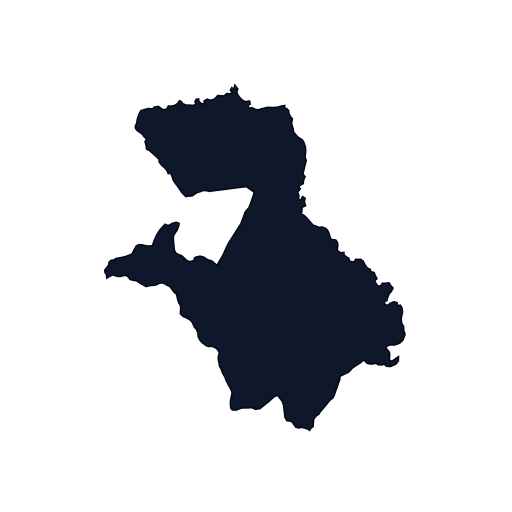 outline of Mogi Guaçu, São Paulo, Brazil, rotated 214°
{"feature_id": "56859067B6849718148142", "entity_name": "Mogi Guaçu", "entity_type": "district", "adm_level": 2, "iso_a3": "BRA", "parent_name": "Brazil", "parent_adm1": "São Paulo", "projection": "mercator", "projection_center": [-47.009, -22.234], "detail": "fine", "context": "isolated", "style": "filled", "palette": "ink", "viewbox_px": 512, "rotation_deg": 214, "n_neighbors": 0, "source": "geoboundaries", "source_scale": "gbopen_adm2", "svg_char_len": 5243}
<svg xmlns="http://www.w3.org/2000/svg" viewBox="0 0 512 512"><g transform="rotate(214 256 256)"><path d="M114.0,141.4L114.1,144.1L113.2,146.7L115.2,149.8L117.0,153.3L116.6,157.1L115.5,159.9L115.6,162.7L115.2,166.0L114.9,168.6L114.5,172.4L114.3,175.9L113.7,178.9L112.8,181.4L113.2,184.2L114.6,189.1L115.5,193.1L116.5,196.6L117.5,200.5L119.1,203.1L116.9,207.0L114.6,210.7L113.8,213.5L113.5,216.6L112.5,219.4L109.5,226.3L108.8,230.0L106.3,229.6L103.8,229.2L101.3,230.1L98.6,231.9L96.5,234.2L94.0,234.1L90.7,236.0L89.2,238.0L86.3,237.5L82.7,239.5L80.9,242.4L79.6,244.3L79.3,248.6L81.6,252.3L84.5,244.8L87.2,244.3L89.7,248.6L91.4,250.7L95.4,252.0L97.6,252.8L96.1,256.1L94.3,257.8L91.4,259.7L89.1,262.6L87.8,264.9L87.2,268.6L87.9,271.8L88.7,274.6L92.0,277.0L94.0,280.0L97.8,281.9L100.6,285.3L103.4,292.0L106.1,294.8L108.8,296.0L111.6,293.7L112.7,296.2L116.0,295.3L118.4,291.7L119.2,288.8L121.9,287.9L124.4,290.5L122.5,292.0L123.5,294.8L124.4,298.8L124.0,302.4L124.4,306.1L127.6,306.8L130.7,308.2L133.9,305.5L136.1,304.0L135.9,301.2L138.1,299.2L141.3,300.4L143.8,301.8L143.0,304.9L146.2,306.5L148.8,308.4L152.1,307.2L153.8,308.9L156.9,308.3L161.1,309.9L164.5,311.8L167.4,311.8L169.5,310.3L171.5,309.1L171.5,305.7L175.7,304.0L177.8,306.1L180.3,305.8L183.4,306.1L185.2,308.2L187.5,306.0L191.8,306.1L194.3,310.9L195.9,312.7L198.8,313.9L202.9,311.8L204.9,313.0L208.4,315.8L210.7,317.2L213.6,317.9L217.3,317.1L220.1,314.8L223.4,314.3L225.9,313.5L231.5,315.0L235.3,316.0L239.2,316.6L242.1,316.0L242.8,318.5L245.0,322.0L243.0,325.4L246.2,328.0L247.5,331.4L250.7,331.3L250.2,328.0L252.2,326.0L253.9,329.8L257.1,332.3L256.8,336.4L259.6,337.9L257.3,342.4L259.0,345.7L259.7,349.3L262.9,350.1L264.4,354.1L266.2,358.9L267.8,363.4L270.7,365.5L271.9,367.9L273.9,371.5L276.5,374.5L279.9,377.0L282.5,378.2L288.0,378.1L293.9,379.7L296.6,382.5L300.6,385.7L302.5,390.1L305.0,390.8L308.2,392.3L310.2,394.8L313.0,395.4L315.2,394.7L316.3,396.9L319.3,394.0L321.0,391.8L324.8,388.7L329.6,385.7L333.8,381.1L336.0,378.4L338.7,377.2L342.4,376.7L344.5,374.5L346.8,376.1L345.7,378.7L348.0,380.9L350.7,378.3L353.7,377.6L356.6,378.0L358.9,378.6L361.6,379.7L363.7,381.3L364.5,384.4L369.2,385.8L367.4,381.9L370.3,382.1L370.0,379.1L367.0,378.0L368.4,375.7L371.1,374.5L372.1,370.9L374.7,369.2L377.5,367.8L377.8,365.2L378.3,362.9L380.5,359.9L384.3,358.7L385.8,355.3L383.5,353.2L386.6,351.9L389.8,352.2L391.4,354.2L393.3,352.4L392.9,349.7L390.8,348.4L391.9,346.0L394.9,344.3L398.3,342.1L402.1,341.3L404.2,342.4L406.4,341.9L406.2,339.0L407.6,335.5L410.1,332.8L412.6,331.4L412.2,327.7L415.0,325.3L420.8,325.4L423.7,322.4L424.1,319.9L427.3,318.5L430.1,315.4L432.7,312.2L432.5,309.2L431.8,305.9L430.7,302.4L429.2,299.5L428.9,296.9L427.7,294.7L425.3,293.6L422.0,293.5L418.8,293.5L415.7,292.3L412.1,291.8L411.9,288.6L408.9,286.2L406.6,283.4L403.2,283.8L397.8,283.1L394.1,282.6L390.5,281.9L388.8,279.7L385.2,278.5L381.1,278.0L377.3,277.0L374.9,275.2L372.7,276.9L370.0,274.9L366.8,272.4L363.3,271.1L359.5,269.7L355.4,268.1L353.0,267.1L349.9,266.5L347.3,266.0L345.2,268.1L342.6,270.0L340.5,275.3L337.8,278.6L336.4,280.8L333.4,282.5L330.2,283.8L328.6,285.5L319.3,293.6L311.1,300.9L302.8,308.1L296.0,307.9L293.4,307.9L292.3,305.6L291.3,301.6L290.4,298.4L289.4,294.4L288.9,292.0L289.4,288.9L289.5,285.9L288.4,281.9L286.6,274.3L286.5,269.9L286.4,265.1L286.2,259.3L286.1,255.6L286.1,252.8L285.6,247.9L284.7,242.7L283.9,238.2L283.2,226.5L286.5,226.8L289.9,227.2L293.9,225.9L298.7,225.9L302.3,224.6L304.6,222.2L306.0,220.3L305.0,217.4L307.6,214.4L310.6,213.6L313.9,214.1L317.5,214.7L320.5,214.1L323.5,213.5L326.8,215.1L329.2,217.9L331.7,221.0L333.9,223.8L335.7,226.6L335.9,229.9L335.9,233.6L336.8,237.6L338.0,240.1L341.0,239.4L343.5,236.5L345.8,232.1L349.2,231.5L349.8,227.8L350.3,223.7L350.2,218.6L349.7,215.0L348.6,209.9L347.6,206.7L349.8,204.8L352.6,203.1L356.2,201.8L359.4,200.1L360.9,197.3L360.5,192.7L360.0,188.4L361.3,186.2L363.5,183.1L366.1,180.2L368.8,177.5L370.7,175.7L371.5,173.4L373.9,171.2L374.3,168.4L373.1,166.0L373.3,162.6L373.5,159.7L371.8,157.7L369.6,156.9L367.4,154.2L365.7,157.6L364.2,160.3L361.7,160.9L359.2,161.7L356.8,163.3L355.4,165.1L352.9,167.3L349.8,167.1L347.4,166.1L344.9,166.9L342.1,168.2L339.9,168.8L337.1,168.5L334.2,168.9L330.1,169.1L327.4,172.1L325.2,173.9L323.0,175.7L320.8,179.3L318.9,181.3L315.8,181.9L313.3,182.0L310.4,182.5L306.6,181.3L304.2,180.3L300.5,179.8L298.4,177.8L296.2,175.8L294.3,174.3L290.7,172.5L288.9,169.9L286.3,165.7L282.2,165.1L279.3,165.8L274.5,166.1L271.4,165.2L267.7,162.7L264.4,161.8L261.3,159.9L258.7,156.6L255.5,154.9L252.7,154.1L249.6,153.9L246.8,153.8L244.5,154.6L241.8,156.5L239.1,157.2L235.9,157.0L232.6,155.6L231.5,153.0L230.6,150.6L228.6,148.3L226.2,146.0L224.6,144.2L222.2,143.1L219.9,141.4L217.1,139.6L213.9,138.2L211.5,136.2L209.0,134.9L206.1,133.3L202.1,131.3L199.3,129.2L197.3,124.3L195.7,120.6L193.7,118.1L191.9,115.8L189.7,115.1L186.4,117.0L184.5,119.8L182.9,121.9L180.3,123.8L177.4,125.8L174.7,127.9L170.8,128.5L167.4,131.6L165.2,138.6L164.1,142.0L163.1,146.0L162.2,149.5L160.2,152.6L156.5,151.3L153.2,150.3L150.1,148.1L147.2,144.7L141.6,138.3L138.2,136.7L135.5,138.2L133.0,138.6L130.4,137.4L127.3,136.3L124.5,137.3L122.2,139.5L118.9,140.7L116.4,141.4L114.0,141.4Z" fill="#0f172a" stroke="#020617" stroke-width="1.5"/></g></svg>